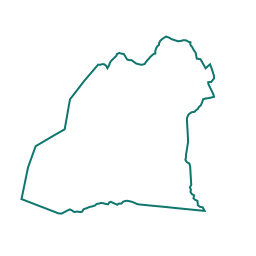 the district of Cariré, Ceará, Brazil, rotated 101°
{"feature_id": "56859067B46733430176329", "entity_name": "Cariré", "entity_type": "district", "adm_level": 2, "iso_a3": "BRA", "parent_name": "Brazil", "parent_adm1": "Ceará", "projection": "natural_earth1", "projection_center": [-40.549, -3.949], "detail": "fine", "context": "isolated", "style": "outline", "palette": "teal", "viewbox_px": 256, "rotation_deg": 101, "n_neighbors": 0, "source": "geoboundaries", "source_scale": "gbopen_adm2", "svg_char_len": 2000}
<svg xmlns="http://www.w3.org/2000/svg" viewBox="0 0 256 256"><g transform="rotate(101 128 128)"><path d="M225.1,179.7L224.6,176.7L223.2,175.0L221.6,173.0L220.2,171.2L219.0,169.5L219.7,167.1L220.7,164.8L220.0,162.8L219.6,161.0L219.7,158.9L218.9,157.1L216.3,156.2L214.9,153.8L213.3,151.4L212.3,149.5L211.7,147.9L210.3,145.6L208.5,144.2L207.7,141.9L206.6,140.0L206.6,138.1L206.8,135.4L206.6,132.9L204.6,132.2L203.7,130.6L204.3,128.8L204.9,126.0L205.4,123.9L204.0,122.7L203.4,119.9L201.6,119.0L200.5,117.5L199.6,115.1L199.6,111.9L199.8,109.4L200.2,107.4L200.9,104.7L200.9,102.5L200.2,95.0L198.4,76.4L197.3,64.1L197.1,62.2L195.2,41.5L194.7,37.0L191.6,39.6L191.6,42.4L190.4,44.8L188.4,45.2L186.2,46.1L185.7,48.4L184.6,50.3L181.4,50.3L180.7,52.7L178.8,54.5L176.7,54.4L174.5,55.9L171.7,55.1L154.1,59.6L151.1,61.0L150.3,63.8L148.3,65.6L145.6,65.5L143.2,66.0L140.5,66.0L129.9,66.4L123.4,68.0L109.6,71.5L107.4,72.0L105.1,71.7L103.5,71.2L102.1,70.3L100.3,68.4L99.5,65.9L97.6,64.6L96.0,63.1L93.8,62.4L92.0,60.9L89.5,60.3L87.5,59.9L85.4,59.7L84.3,57.5L83.2,54.4L82.1,51.9L81.0,49.5L78.5,50.7L75.2,53.2L72.6,55.2L69.5,57.5L67.7,58.0L66.9,55.1L64.5,53.8L62.9,53.0L59.9,53.8L57.2,55.3L55.5,56.2L53.6,57.3L49.8,59.6L54.6,63.2L46.6,70.0L46.8,73.7L41.0,76.1L39.4,77.9L37.8,79.3L36.0,80.7L35.1,82.1L33.6,83.0L32.0,83.0L31.9,84.9L30.9,87.5L31.2,90.3L32.6,93.0L33.3,95.4L32.9,98.6L32.5,102.1L31.4,105.1L31.0,108.1L32.7,110.0L34.4,111.6L36.3,113.0L38.4,113.6L40.6,113.5L42.1,114.8L44.4,115.6L47.3,115.9L49.7,115.4L50.5,117.0L51.8,118.1L54.3,119.9L56.1,120.8L57.5,121.8L60.0,123.1L62.1,123.9L63.4,126.9L63.3,130.8L63.0,132.7L61.8,135.1L60.7,137.5L61.1,139.6L61.0,141.8L56.1,146.3L56.3,148.4L56.0,150.8L57.5,153.0L59.3,153.2L64.7,156.9L66.2,157.8L67.8,158.3L69.7,158.4L73.2,159.6L71.1,161.4L69.9,163.6L70.3,165.6L71.2,167.3L71.5,169.4L90.0,179.9L101.4,185.6L110.9,190.4L118.7,190.3L141.3,189.9L149.7,199.6L163.5,215.2L185.7,218.6L211.7,218.9L218.1,219.0L225.1,179.7Z" fill="none" stroke="#0f766e" stroke-width="2"/></g></svg>